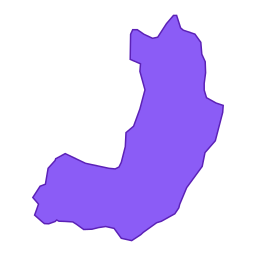 Boyo, Nord-Ouest, Cameroon
{"feature_id": "32672807B40523536040617", "entity_name": "Boyo", "entity_type": "district", "adm_level": 2, "iso_a3": "CMR", "parent_name": "Cameroon", "parent_adm1": "Nord-Ouest", "projection": "mercator", "projection_center": [10.331, 6.408], "detail": "fine", "context": "isolated", "style": "filled", "palette": "violet", "viewbox_px": 256, "rotation_deg": 0, "n_neighbors": 0, "source": "geoboundaries", "source_scale": "gbopen_adm2", "svg_char_len": 997}
<svg xmlns="http://www.w3.org/2000/svg" viewBox="0 0 256 256"><path d="M161.3,221.3L169.2,216.9L174.8,213.8L178.8,207.9L179.7,204.3L186.7,187.6L202.2,166.4L205.0,152.6L215.3,140.8L222.7,112.4L223.2,105.4L216.0,103.0L206.5,97.7L204.2,90.1L204.2,83.4L205.6,72.8L205.2,61.7L201.8,54.2L200.8,42.3L194.9,34.1L183.3,30.2L180.6,27.9L176.6,15.4L173.5,15.4L166.5,23.6L157.7,37.2L152.6,38.3L144.0,34.3L137.3,29.7L132.7,29.7L130.6,34.3L130.2,59.4L140.5,63.8L139.9,71.4L145.0,89.9L144.5,91.6L139.9,109.0L133.6,126.2L126.0,132.6L125.3,146.6L121.3,162.3L119.0,167.0L115.2,168.9L108.9,168.3L85.5,163.3L65.2,153.6L55.7,158.7L55.1,160.5L48.1,168.3L45.4,184.2L40.1,186.2L32.8,197.5L38.5,204.1L36.8,209.0L34.6,215.1L41.6,221.3L44.4,223.6L48.7,223.8L55.1,221.5L56.7,220.0L58.9,221.2L64.6,221.4L72.7,221.9L76.4,224.2L83.7,229.5L92.0,229.2L98.5,227.6L105.7,226.5L114.1,228.4L121.3,238.3L131.7,240.6L135.4,238.2L140.7,234.7L143.2,232.4L156.7,222.7L161.3,221.3Z" fill="#8b5cf6" stroke="#5b21b6" stroke-width="1.5"/></svg>